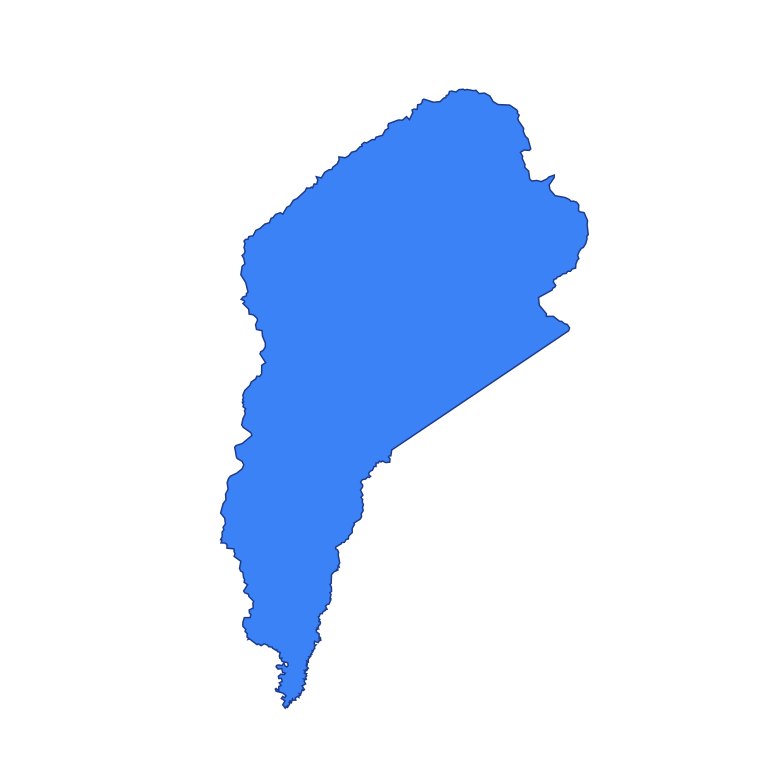 Purus, Ucayali, Peru, rotated 146°
{"feature_id": "86281439B73301228794049", "entity_name": "Purus", "entity_type": "district", "adm_level": 2, "iso_a3": "PER", "parent_name": "Peru", "parent_adm1": "Ucayali", "projection": "mercator", "projection_center": [-71.206, -10.219], "detail": "fine", "context": "isolated", "style": "filled", "palette": "blue", "viewbox_px": 768, "rotation_deg": 146, "n_neighbors": 0, "source": "geoboundaries", "source_scale": "gbopen_adm2", "svg_char_len": 6171}
<svg xmlns="http://www.w3.org/2000/svg" viewBox="0 0 768 768"><g transform="rotate(146 384 384)"><path d="M199.9,596.7L203.0,593.1L205.3,595.1L207.5,595.5L208.5,592.8L215.1,588.9L215.8,593.1L221.2,592.4L224.4,594.8L234.6,597.3L236.3,596.0L237.4,593.5L241.1,593.8L246.1,591.0L252.5,593.1L255.1,591.7L257.1,593.3L263.6,593.6L265.3,595.4L268.7,595.0L269.3,593.3L271.1,594.1L276.8,592.8L281.4,594.3L285.4,593.0L289.5,593.2L294.4,597.5L295.9,594.9L299.6,592.7L305.2,592.3L307.2,591.0L309.9,592.4L314.9,592.6L320.7,589.9L324.2,593.7L324.8,590.2L328.0,587.3L330.1,588.9L333.5,586.6L334.2,587.9L335.9,587.8L338.6,589.8L341.3,588.1L352.5,586.4L356.4,587.0L362.2,584.4L365.8,584.8L372.9,581.4L374.2,584.0L379.2,585.2L382.8,584.0L385.1,584.5L388.7,581.8L393.5,583.2L399.8,582.3L404.4,583.0L409.6,580.1L413.7,581.8L415.9,580.1L417.9,581.3L420.1,580.8L420.8,577.9L423.7,575.5L424.8,571.9L426.9,570.2L429.8,569.9L430.0,566.6L432.1,561.4L435.8,560.9L441.6,554.6L441.9,545.5L445.3,536.3L447.5,535.9L448.9,534.0L452.1,535.0L455.1,534.1L453.2,530.9L453.7,529.9L455.9,529.6L454.3,521.7L456.7,517.4L453.5,514.2L452.5,509.4L453.2,507.6L457.4,504.9L459.2,500.5L455.3,496.4L458.0,491.6L459.5,484.2L461.8,481.0L465.5,479.4L468.0,479.7L470.0,478.3L470.2,467.9L474.9,467.9L479.8,460.8L482.9,459.9L485.1,461.6L487.4,460.0L493.0,459.9L496.0,457.8L503.0,456.5L507.3,453.7L508.2,451.1L510.1,450.0L510.3,447.7L511.7,448.1L512.0,445.3L513.6,444.0L512.5,440.9L514.6,439.9L515.6,436.9L520.2,434.2L524.8,429.8L524.9,426.6L521.6,418.1L522.3,415.2L535.0,413.9L541.0,415.7L543.1,415.1L547.2,405.9L547.3,404.2L544.9,399.2L545.4,395.4L549.1,393.0L555.8,392.4L562.8,393.5L565.9,392.5L569.3,389.8L572.0,384.1L577.0,381.2L579.8,376.3L584.2,374.8L591.6,368.4L591.1,361.8L593.7,356.7L597.5,355.2L598.3,352.6L601.0,351.8L603.6,347.8L606.5,346.3L605.7,345.3L608.0,343.4L604.9,341.2L603.9,338.8L606.0,335.7L600.6,331.2L602.1,328.7L602.3,326.5L604.7,324.9L601.8,317.1L606.9,311.9L607.4,309.2L606.3,306.7L608.7,302.1L608.7,300.2L610.9,297.8L609.3,293.9L616.1,290.9L616.2,288.9L613.9,285.4L614.8,283.4L613.6,276.7L615.3,275.6L617.6,271.5L622.2,272.0L623.6,269.4L623.3,267.3L625.6,265.2L630.4,268.4L634.1,265.5L636.5,262.0L635.8,257.9L637.6,256.5L636.9,253.6L639.1,250.8L638.4,249.0L639.6,248.3L638.0,247.8L635.0,238.9L633.5,238.8L632.2,235.8L628.6,235.6L626.6,232.7L626.5,230.7L623.8,228.4L624.2,227.5L622.3,223.5L621.6,223.6L621.9,221.7L620.2,219.5L622.9,217.0L623.7,214.8L622.1,213.8L623.2,213.5L623.6,210.9L619.7,206.8L620.8,204.3L622.6,203.7L623.8,205.3L623.0,208.7L626.0,207.7L628.7,210.2L630.5,210.7L631.6,209.9L631.3,206.9L627.9,205.2L629.3,201.5L627.5,199.4L629.3,198.8L631.6,201.1L635.1,200.7L635.9,198.6L633.7,197.3L634.5,194.4L638.0,194.8L637.9,191.5L640.4,192.1L642.6,188.7L643.7,191.9L644.7,191.8L645.2,189.6L640.6,184.3L639.6,180.2L641.8,179.5L642.6,181.6L645.0,180.7L643.2,176.6L647.3,174.7L647.2,170.5L645.5,171.2L645.2,170.2L644.4,170.9L644.5,170.1L643.5,170.4L640.5,171.9L640.9,172.9L639.3,174.0L638.6,173.1L639.6,172.1L639.2,171.5L636.0,174.0L636.1,172.7L633.9,171.2L633.1,173.3L630.5,173.4L629.8,171.8L629.1,173.0L627.5,172.8L627.5,174.6L626.6,173.4L622.6,176.3L622.2,175.0L620.9,175.1L620.7,179.6L616.7,179.2L616.5,182.2L615.1,182.9L615.5,184.2L613.6,182.7L613.1,184.8L611.3,185.3L611.4,186.7L610.1,187.1L611.7,188.9L610.3,189.5L610.3,191.0L608.5,189.6L607.5,190.0L608.1,190.8L605.7,190.7L606.1,193.9L604.8,193.9L604.4,194.6L605.4,195.5L604.0,195.1L603.0,197.6L602.2,195.8L600.6,198.3L598.1,199.0L598.6,199.8L596.8,199.4L596.4,200.4L595.1,200.2L595.1,201.2L593.2,201.7L592.6,203.0L592.0,202.3L590.5,203.5L589.4,203.3L588.5,205.2L586.4,205.8L587.3,206.3L587.2,207.6L585.4,209.5L583.1,206.4L580.9,207.5L579.8,206.8L578.6,209.2L580.1,209.2L577.5,213.2L578.6,216.2L577.5,218.1L578.1,218.6L575.3,217.6L575.9,219.3L574.1,219.2L573.3,220.6L572.1,220.2L570.4,221.3L569.8,222.8L570.8,223.6L568.8,224.8L569.3,225.6L568.5,227.8L567.6,227.5L565.4,229.2L563.5,228.1L562.1,229.4L559.2,229.1L558.7,230.0L557.2,229.1L556.7,232.6L554.4,233.0L552.8,232.3L548.6,234.9L548.1,235.8L548.8,236.2L545.6,239.1L545.6,241.1L543.5,241.4L541.1,245.2L540.9,248.1L539.4,248.1L534.0,255.4L530.2,256.3L527.4,255.7L527.1,256.6L526.4,255.6L524.1,258.6L523.5,257.5L523.0,259.3L520.8,260.4L517.5,268.2L515.8,269.8L515.3,272.5L516.2,274.2L515.4,275.8L508.7,275.5L507.9,276.2L505.3,274.9L502.2,276.3L500.2,275.4L498.3,277.8L493.4,278.6L491.1,282.1L487.0,284.1L486.7,285.5L479.4,285.3L476.8,286.5L475.4,289.2L472.1,290.6L470.8,293.7L468.5,295.5L468.1,298.2L466.3,300.2L466.5,302.9L463.6,303.7L462.8,309.3L459.5,310.5L458.2,312.2L458.4,315.6L455.4,316.8L452.4,315.5L449.8,316.0L448.4,314.7L446.7,315.0L447.4,316.8L446.5,318.7L444.1,319.4L441.8,319.0L438.3,321.2L436.7,320.1L434.8,322.9L432.7,321.7L431.1,322.7L430.0,321.0L428.4,321.1L426.5,317.9L423.0,316.0L420.8,318.7L421.1,321.0L420.0,321.5L418.5,320.6L414.5,325.0L201.2,324.9L198.8,326.7L198.8,330.9L200.8,333.3L201.6,336.5L203.4,337.9L205.8,345.4L211.6,349.3L210.1,351.4L211.2,362.5L207.5,369.3L192.2,367.9L190.6,369.0L188.2,368.8L186.6,369.6L186.6,373.8L184.7,375.7L182.2,375.0L180.6,375.8L177.5,374.9L173.9,375.3L171.3,373.8L168.6,374.7L166.4,373.2L163.5,374.1L160.4,372.9L157.8,376.2L154.3,378.6L152.4,378.9L151.5,382.4L147.7,384.9L144.3,386.1L142.4,385.7L138.0,387.8L134.5,390.8L133.4,393.0L131.2,393.6L126.5,402.5L123.9,405.6L122.3,414.2L125.3,417.2L125.8,419.0L122.4,423.5L122.6,426.9L124.6,429.6L126.9,431.0L127.2,433.2L129.4,437.1L136.8,444.4L137.8,452.4L135.7,456.7L127.6,459.9L126.0,462.0L131.5,463.4L134.5,462.9L140.5,463.9L143.5,467.3L148.1,469.7L148.6,472.4L145.1,479.6L146.2,485.0L144.4,487.1L143.3,493.7L141.7,495.3L141.4,499.8L136.9,499.6L132.9,496.4L130.9,496.8L127.5,506.9L128.3,510.4L127.3,515.5L125.3,517.8L125.3,527.0L124.6,529.4L121.6,531.3L122.1,533.9L120.8,535.2L120.7,537.1L123.9,545.0L133.2,551.9L135.6,557.1L135.2,563.6L138.0,569.0L142.8,571.6L143.5,576.1L145.6,577.0L150.5,581.8L152.7,582.5L153.4,584.0L157.1,586.1L161.1,585.8L164.1,589.0L166.2,589.9L168.0,588.3L170.0,587.7L170.9,588.4L172.5,587.0L174.9,587.6L179.5,586.7L185.4,589.9L191.7,597.9L193.3,597.9L195.1,596.1L197.5,595.5L199.9,596.7Z" fill="#3b82f6" stroke="#1e3a8a" stroke-width="1.5"/></g></svg>